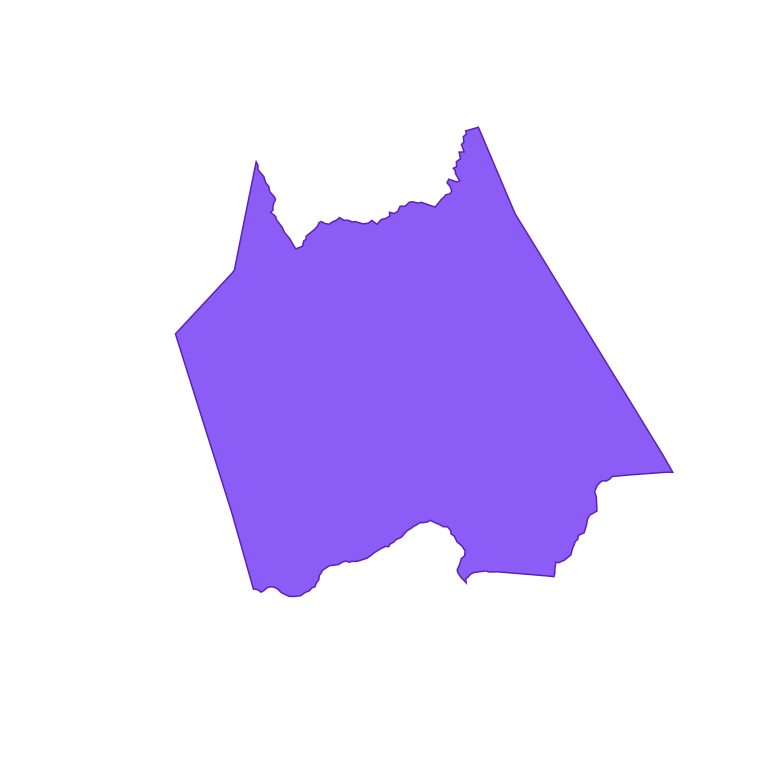 Ibimirim, Pernambuco, Brazil, rotated 325°
{"feature_id": "56859067B15287287127442", "entity_name": "Ibimirim", "entity_type": "district", "adm_level": 2, "iso_a3": "BRA", "parent_name": "Brazil", "parent_adm1": "Pernambuco", "projection": "robinson", "projection_center": [-37.602, -8.575], "detail": "fine", "context": "isolated", "style": "filled", "palette": "violet", "viewbox_px": 768, "rotation_deg": 325, "n_neighbors": 0, "source": "geoboundaries", "source_scale": "gbopen_adm2", "svg_char_len": 2679}
<svg xmlns="http://www.w3.org/2000/svg" viewBox="0 0 768 768"><g transform="rotate(325 384 384)"><path d="M241.9,223.3L204.4,342.2L186.6,398.6L185.1,403.2L176.5,428.1L159.4,477.1L162.5,479.8L163.9,484.0L167.1,484.3L171.6,483.8L174.1,484.7L176.9,486.6L179.3,490.8L180.3,496.1L184.3,503.3L187.7,506.0L194.2,509.6L199.6,509.5L204.0,510.5L207.9,509.7L211.2,510.5L214.7,508.1L218.3,507.0L221.1,503.9L227.3,501.3L235.1,501.5L239.8,504.1L243.4,505.9L247.4,505.9L251.1,507.1L253.4,510.1L255.9,510.9L260.2,513.8L266.3,515.8L270.1,516.9L274.4,517.0L278.6,516.6L286.3,517.0L291.8,517.8L294.6,520.0L297.1,518.6L301.2,519.1L304.5,518.4L309.7,519.4L312.3,519.1L316.1,518.0L319.1,517.4L323.6,517.8L327.1,517.6L329.7,518.1L333.5,518.1L337.2,520.4L341.0,522.1L343.5,522.0L347.0,528.1L348.7,530.7L350.7,534.9L354.1,537.4L354.5,542.4L352.9,545.4L354.3,548.6L353.3,555.3L355.0,561.7L354.6,567.5L351.4,571.0L347.2,571.3L343.3,574.6L340.8,576.2L337.6,578.0L336.3,580.5L336.2,586.8L337.3,594.0L339.1,590.6L342.8,590.2L346.0,589.4L349.5,590.0L359.9,595.3L362.4,598.4L369.2,602.9L406.6,634.0L412.7,639.3L415.6,636.8L417.2,634.3L422.5,628.6L424.6,630.6L430.9,631.8L439.0,631.2L444.5,626.5L447.6,624.8L450.2,622.8L453.6,622.4L456.5,619.5L462.5,620.7L465.5,618.5L469.9,614.8L472.3,612.2L476.9,609.4L485.6,610.2L493.2,598.2L494.8,592.9L500.6,589.4L504.0,588.6L507.8,588.7L510.3,590.9L514.1,591.4L517.8,590.6L536.2,601.2L540.0,603.5L565.3,618.6L569.9,622.0L571.7,602.6L575.2,546.0L577.2,512.7L577.8,502.4L580.0,467.2L581.3,445.7L581.9,436.8L582.1,432.1L585.3,381.4L587.8,340.6L589.0,319.9L608.6,227.8L596.0,223.5L595.1,226.4L590.8,226.9L588.2,231.6L584.8,232.2L582.8,239.9L578.5,237.1L575.9,243.3L570.8,243.4L568.0,247.7L564.5,247.0L564.8,249.9L563.3,252.7L562.9,255.8L562.6,261.0L559.6,260.3L556.6,256.1L554.4,253.4L551.0,255.4L551.5,259.9L550.0,265.0L546.8,266.1L543.3,264.4L540.6,265.3L537.1,265.6L527.4,268.4L522.8,262.2L521.1,259.8L518.8,256.6L515.6,255.3L512.4,251.6L509.2,249.6L503.2,250.4L499.1,247.6L494.4,250.5L490.1,250.2L487.0,246.5L484.9,249.8L480.6,249.4L476.1,247.7L469.8,249.1L467.9,243.0L463.4,243.3L458.6,240.7L453.5,234.4L450.9,233.1L448.7,229.4L445.1,226.9L443.0,222.1L439.2,222.5L434.2,221.6L430.7,221.7L427.4,218.3L425.9,215.0L423.4,214.5L420.3,216.5L415.3,217.6L404.9,218.3L403.3,220.8L400.4,220.7L396.3,224.4L389.2,222.7L389.4,219.5L390.1,210.2L389.4,203.1L390.5,196.9L390.1,187.4L391.4,184.7L389.6,178.4L392.8,177.9L394.9,174.8L398.2,172.1L400.8,170.9L401.6,167.9L400.7,161.2L403.0,155.8L402.5,151.6L404.5,145.2L404.0,139.8L403.8,136.0L406.1,132.8L406.7,128.7L357.6,175.4L329.9,201.9L326.8,204.9L323.3,206.0L241.9,223.3Z" fill="#8b5cf6" stroke="#5b21b6" stroke-width="1.5"/></g></svg>